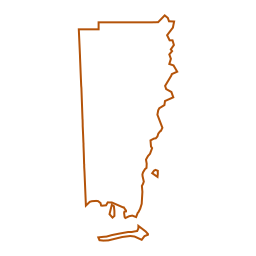 Mobile, Alabama, United States of America
{"feature_id": "52423323B65626355292212", "entity_name": "Mobile", "entity_type": "district", "adm_level": 2, "iso_a3": "USA", "parent_name": "United States of America", "parent_adm1": "Alabama", "projection": "natural_earth1", "projection_center": [-88.164, 30.697], "detail": "fine", "context": "isolated", "style": "outline", "palette": "amber", "viewbox_px": 256, "rotation_deg": 0, "n_neighbors": 0, "source": "geoboundaries", "source_scale": "gbopen_adm2", "svg_char_len": 1780}
<svg xmlns="http://www.w3.org/2000/svg" viewBox="0 0 256 256"><path d="M167.8,17.9L164.7,15.4L158.1,22.2L152.7,22.3L98.6,22.3L98.6,29.3L78.8,29.3L80.0,56.1L80.0,56.3L80.0,56.8L80.7,74.1L81.2,85.9L81.4,88.0L82.5,118.9L82.6,119.9L82.6,120.2L82.7,124.3L82.7,125.9L83.1,134.8L83.4,142.3L83.5,143.5L83.5,145.7L83.8,153.5L84.0,160.5L84.1,164.0L84.2,164.4L84.2,166.9L84.5,172.1L85.9,205.6L89.8,201.8L91.9,201.2L96.3,200.9L98.0,201.1L100.5,203.0L101.1,205.5L102.1,205.7L106.1,205.3L107.7,202.4L111.9,202.5L122.9,207.3L123.7,207.3L126.0,210.6L126.0,211.4L124.4,211.7L124.1,212.9L124.6,217.0L125.4,218.0L129.2,216.2L132.3,215.6L136.1,217.1L137.7,212.9L138.4,212.2L140.2,208.7L141.7,203.8L142.4,191.9L141.9,185.9L143.0,183.9L143.8,181.6L142.6,176.4L142.4,174.5L143.0,172.4L145.0,169.1L146.5,167.9L146.7,163.7L146.0,159.7L146.2,159.2L148.0,156.0L150.0,153.8L152.1,148.1L151.0,146.5L150.5,140.4L153.9,138.6L155.8,138.3L157.4,136.5L158.3,133.6L160.1,131.3L160.9,130.9L162.4,127.8L157.4,114.7L158.2,110.3L159.3,108.2L164.4,105.1L165.0,101.0L173.3,97.3L171.4,92.0L166.2,89.1L165.1,85.9L171.3,75.6L171.8,74.1L177.2,71.7L173.5,65.4L169.3,64.0L170.9,58.8L169.3,54.4L172.1,51.1L170.8,49.4L173.9,45.0L172.5,40.3L169.6,40.3L167.1,35.2L172.9,27.6L174.1,21.5L169.0,21.3L167.8,17.9ZM98.3,237.4L99.5,240.2L103.3,240.6L108.3,240.4L122.2,237.0L130.2,236.0L134.5,236.5L141.7,239.8L144.5,236.1L147.3,235.0L147.9,234.8L148.0,234.1L145.7,231.5L138.4,225.9L138.4,228.3L137.2,231.0L134.7,231.4L131.7,232.0L128.1,232.0L118.8,233.7L111.8,235.1L106.5,236.6L103.5,236.8L98.3,237.4ZM110.7,209.3L109.5,214.2L112.5,217.6L114.4,215.9L114.4,211.0L113.9,206.2L111.8,204.9L110.7,209.3ZM154.1,170.6L152.2,173.2L157.5,176.9L157.8,174.0L157.8,170.8L155.5,169.9L154.1,170.6Z" fill="none" stroke="#b45309" stroke-width="2"/></svg>